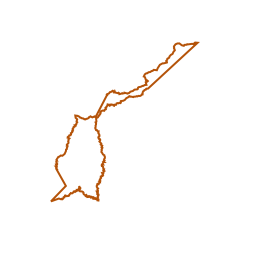 outline of El Paujil, Caquetá, Colombia, rotated 58°
{"feature_id": "7082276B38512916070217", "entity_name": "El Paujil", "entity_type": "district", "adm_level": 2, "iso_a3": "COL", "parent_name": "Colombia", "parent_adm1": "Caquetá", "projection": "albers", "projection_center": [-75.204, 1.773], "detail": "fine", "context": "isolated", "style": "outline", "palette": "amber", "viewbox_px": 256, "rotation_deg": 58, "n_neighbors": 0, "source": "geoboundaries", "source_scale": "gbopen_adm2", "svg_char_len": 5889}
<svg xmlns="http://www.w3.org/2000/svg" viewBox="0 0 256 256"><g transform="rotate(58 128 128)"><path d="M89.2,128.8L101.5,149.6L100.9,149.6L100.5,150.0L100.6,150.9L100.3,151.1L100.1,152.6L98.2,153.7L98.4,154.8L98.2,155.4L98.6,155.9L98.6,157.4L98.2,158.3L98.2,159.4L97.7,159.7L97.5,160.4L96.3,160.8L95.3,162.0L94.7,162.2L93.8,163.1L93.2,163.1L91.8,163.7L91.4,164.2L91.0,164.3L89.5,166.1L91.6,167.0L93.7,166.5L95.1,168.1L96.0,168.0L96.0,168.4L96.4,168.5L96.9,169.5L97.4,169.8L97.5,170.6L97.8,170.6L98.2,171.2L98.0,171.4L98.3,171.4L98.2,172.2L98.4,172.2L98.6,172.6L98.3,173.1L98.3,173.6L98.9,174.0L99.2,175.2L99.6,175.6L100.5,175.6L100.8,176.6L101.3,176.5L101.8,177.2L101.7,177.6L102.1,177.9L102.1,179.2L103.3,179.7L103.7,180.6L103.1,181.6L103.6,182.5L103.7,183.9L104.2,184.3L104.5,183.9L105.8,183.2L106.2,184.6L107.0,185.0L107.6,185.8L108.4,185.9L109.2,186.5L109.7,188.6L110.5,188.7L110.7,189.2L111.2,188.8L111.7,189.1L112.3,190.2L113.4,191.0L113.5,192.0L114.7,192.9L116.4,195.5L116.8,198.3L115.7,199.6L115.9,201.7L115.6,202.4L117.0,205.4L117.8,205.5L117.6,205.7L118.2,206.0L118.3,206.5L119.9,207.2L120.2,207.0L120.3,207.4L121.3,207.4L121.7,208.1L121.3,208.5L122.8,208.8L122.5,209.4L122.8,209.3L123.1,209.8L123.9,209.8L124.2,210.2L125.2,210.1L125.1,210.5L144.2,211.4L149.4,232.2L151.2,224.0L152.9,222.6L152.9,221.9L153.4,221.8L153.7,221.4L153.5,220.5L152.7,219.5L153.0,219.0L152.6,218.8L152.7,218.1L152.2,217.6L152.6,217.4L152.4,216.7L153.0,216.7L154.0,214.7L153.8,214.3L154.1,213.7L153.6,213.2L153.1,212.0L153.2,211.4L152.9,211.0L153.8,210.1L153.7,208.1L153.1,207.8L153.1,207.4L153.4,206.7L154.1,206.5L153.8,205.5L154.2,205.2L154.1,204.7L153.6,204.4L154.1,204.0L153.8,203.7L154.2,203.4L153.8,202.2L153.3,201.9L152.6,200.8L151.3,200.1L152.3,200.4L153.7,200.2L154.3,200.8L154.6,202.0L155.5,202.5L156.2,202.3L157.5,200.6L158.6,200.0L159.3,200.0L159.8,200.5L160.8,200.6L162.1,199.9L163.0,200.0L162.9,199.0L163.2,199.1L163.3,198.9L163.8,199.0L164.1,199.3L164.8,199.2L164.8,198.7L165.1,198.8L165.3,198.5L164.9,198.2L165.1,197.1L165.7,196.7L166.2,196.8L166.4,196.4L166.2,196.2L166.4,196.0L166.6,196.2L166.9,195.6L167.2,195.7L167.6,195.1L167.7,195.3L167.8,195.0L168.1,195.1L168.4,194.5L168.8,194.9L169.2,194.9L169.1,194.5L169.7,194.8L170.0,194.2L169.9,193.6L170.4,193.5L170.4,193.3L170.7,193.5L171.0,193.2L170.6,192.9L171.4,192.0L171.3,191.8L171.5,191.7L171.7,191.9L171.8,191.7L172.4,192.1L172.8,191.9L173.2,192.2L173.8,191.5L173.4,191.2L172.9,191.3L172.7,190.9L171.8,191.1L171.3,190.9L170.7,190.0L170.2,190.1L169.7,189.7L169.3,189.0L169.4,188.7L168.7,188.2L168.3,188.3L168.2,188.9L167.6,189.1L167.1,188.4L166.3,188.3L166.4,187.9L165.7,187.9L166.0,187.3L165.8,187.1L165.3,187.4L165.4,187.0L165.2,186.7L163.7,186.4L163.4,186.1L163.4,185.5L161.5,185.7L160.9,185.3L160.6,185.3L160.2,184.4L159.3,183.9L159.3,183.5L159.7,183.5L160.1,182.7L159.5,182.1L159.3,180.9L158.9,180.9L159.2,180.5L158.1,180.0L158.1,179.6L157.2,179.8L157.0,179.1L156.6,178.9L156.4,177.9L156.2,177.5L155.8,177.6L155.1,177.1L155.3,176.9L154.7,176.5L154.8,175.5L155.2,175.2L155.1,174.6L154.8,174.7L154.3,174.1L154.3,174.4L153.4,173.9L152.7,173.8L153.0,173.5L152.8,172.7L151.9,171.5L151.9,171.0L151.3,171.3L150.7,170.6L150.6,170.9L150.4,170.6L149.9,170.7L149.4,170.2L148.9,170.3L147.7,169.7L146.6,169.9L146.4,170.3L145.5,170.0L145.1,169.4L145.6,168.6L145.0,168.7L144.7,168.1L144.2,167.3L143.8,167.2L144.3,166.3L144.0,166.4L144.1,166.1L143.2,165.8L143.1,165.2L142.7,165.3L142.7,165.1L141.8,164.8L141.2,163.5L140.0,162.8L139.1,162.8L138.6,162.5L137.2,163.2L136.6,163.2L135.5,163.1L134.3,163.3L133.5,162.7L133.3,162.2L132.3,161.9L131.8,160.8L130.7,160.8L130.7,160.1L130.0,160.2L129.4,159.3L128.8,159.8L128.1,159.6L127.9,159.7L127.9,159.3L127.2,158.9L124.3,159.4L123.9,158.5L123.5,158.3L123.5,158.0L123.0,157.7L122.2,157.8L121.8,158.4L120.6,158.3L120.5,157.9L119.9,157.7L119.6,157.1L119.7,156.5L118.9,156.0L118.1,155.8L116.8,155.9L115.8,155.1L115.4,155.3L115.1,154.9L114.9,155.2L114.1,155.6L113.3,155.5L112.8,156.2L110.6,155.8L110.0,154.9L108.8,154.3L108.2,153.4L107.3,152.7L106.0,152.5L106.1,151.8L105.7,151.3L103.2,150.1L102.8,149.2L103.0,147.9L102.1,146.3L102.2,145.8L101.8,145.5L101.7,144.8L101.3,143.9L100.6,143.7L100.6,143.1L99.5,142.4L99.7,140.4L100.8,139.0L100.2,138.2L100.4,136.9L99.0,136.4L99.2,135.6L98.5,135.1L98.2,133.8L97.3,132.9L97.9,132.6L97.8,132.2L98.1,131.9L99.1,131.8L98.8,130.9L99.5,130.7L99.4,130.0L98.9,130.4L99.3,129.5L100.5,128.4L101.3,128.4L101.8,128.0L101.1,127.1L101.7,126.4L102.0,125.7L101.1,124.7L101.3,123.7L102.1,122.9L102.0,122.0L102.9,121.2L102.7,120.6L101.4,119.8L102.4,117.5L102.5,115.7L101.8,113.6L102.0,111.8L101.7,110.0L101.9,109.7L102.5,109.7L103.3,108.4L104.6,107.1L104.5,106.6L105.5,104.7L105.6,103.8L106.2,103.3L106.3,102.1L107.2,100.9L107.3,99.2L106.8,98.5L107.2,97.8L105.5,96.6L104.9,95.7L104.9,94.5L104.5,93.9L104.9,92.5L104.5,92.1L104.4,91.5L105.2,90.2L92.6,23.8L91.1,25.8L91.2,26.8L91.8,27.8L90.6,29.0L88.9,32.8L88.3,33.4L88.5,34.1L87.4,36.1L87.9,37.1L86.4,38.5L83.5,39.6L82.5,41.3L82.2,43.3L83.1,45.7L83.5,46.1L84.7,46.4L84.9,46.8L86.8,47.0L87.0,47.3L87.4,48.9L88.8,51.0L88.7,52.9L89.3,54.9L90.2,55.8L90.1,57.9L90.8,58.4L91.4,60.1L92.8,60.0L93.1,60.3L92.1,63.5L91.5,64.4L91.3,67.5L93.0,71.1L94.3,72.9L92.3,75.4L92.6,76.8L92.2,77.8L92.3,79.5L91.6,81.1L91.8,82.6L91.3,83.5L91.4,85.3L92.7,87.3L93.2,86.9L94.0,86.7L96.8,87.4L97.4,86.7L98.7,86.3L98.9,87.1L98.4,88.2L98.5,88.7L101.2,89.5L100.4,91.1L100.4,92.7L100.0,93.3L99.8,95.3L99.0,97.4L99.1,98.1L100.1,99.0L100.2,99.5L98.9,102.2L99.2,104.2L98.5,106.6L98.9,108.7L98.5,109.6L98.6,110.1L96.3,112.2L96.6,112.4L95.9,114.4L95.4,114.5L95.2,116.0L94.7,117.4L93.8,117.1L93.4,117.5L93.1,117.5L93.1,118.1L91.1,120.1L90.1,119.9L90.5,120.5L90.4,121.0L89.8,120.9L89.4,121.2L88.9,120.9L88.3,121.2L88.4,123.5L88.0,124.5L88.5,125.5L88.6,126.3L88.2,127.8L88.4,128.2L88.9,128.0L89.2,128.2L89.2,128.8Z" fill="none" stroke="#b45309" stroke-width="2"/></g></svg>